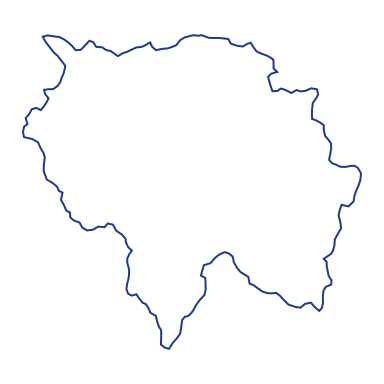 outline of Pains, Minas Gerais, Brazil
{"feature_id": "56859067B98471010335506", "entity_name": "Pains", "entity_type": "district", "adm_level": 2, "iso_a3": "BRA", "parent_name": "Brazil", "parent_adm1": "Minas Gerais", "projection": "natural_earth1", "projection_center": [-45.694, -20.398], "detail": "fine", "context": "isolated", "style": "outline", "palette": "blue", "viewbox_px": 384, "rotation_deg": 0, "n_neighbors": 0, "source": "geoboundaries", "source_scale": "gbopen_adm2", "svg_char_len": 3023}
<svg xmlns="http://www.w3.org/2000/svg" viewBox="0 0 384 384"><path d="M237.3,45.8L230.7,43.6L228.4,39.0L223.5,38.4L218.0,37.9L213.4,38.0L209.3,37.9L205.6,36.7L201.9,35.2L198.0,35.7L193.4,35.2L188.9,36.3L184.7,37.4L180.1,40.2L176.3,45.1L170.9,47.4L166.9,48.5L161.8,48.9L156.1,50.2L152.2,46.9L150.1,42.4L145.1,45.3L141.7,46.9L136.6,47.4L132.1,49.4L127.5,51.6L122.9,53.2L117.8,56.1L114.7,53.9L111.0,51.2L105.9,49.9L102.2,47.3L96.3,46.9L93.2,42.2L89.4,40.7L85.4,45.1L80.7,49.9L75.7,50.2L72.3,46.2L68.5,42.6L64.2,39.5L59.5,37.0L53.8,36.4L47.7,35.4L42.8,36.7L45.8,42.2L49.0,46.3L53.9,52.6L57.5,55.7L61.1,60.4L65.3,65.8L64.0,72.3L61.5,78.2L60.2,82.2L57.7,85.8L53.3,89.1L49.0,89.2L44.1,89.8L45.2,94.3L48.5,98.2L46.9,101.8L44.0,106.2L40.8,110.1L36.3,107.9L31.8,109.2L29.2,114.1L25.7,118.0L27.4,124.1L24.1,126.7L23.0,131.6L24.0,137.1L27.8,138.0L32.4,139.1L38.0,142.3L40.7,148.3L43.7,153.3L44.8,157.7L43.9,164.0L43.7,171.1L46.8,179.6L52.8,183.1L57.0,186.7L59.0,191.0L62.5,192.6L61.0,199.8L64.4,206.1L66.4,210.8L69.9,212.4L70.3,217.4L73.9,220.5L79.5,222.5L82.2,227.5L86.9,230.4L92.7,229.8L98.3,226.6L104.6,227.2L107.7,223.5L112.9,224.6L116.3,230.8L121.7,234.4L125.4,238.5L126.0,242.6L128.3,247.3L131.9,250.6L129.6,253.6L127.3,258.3L127.3,263.0L129.1,269.4L129.0,275.3L128.3,279.6L127.2,283.7L126.4,289.1L128.1,293.6L131.5,295.6L136.4,294.3L139.4,298.7L142.5,302.6L145.9,304.2L148.2,307.7L150.5,312.9L155.8,315.8L157.3,321.9L158.8,326.4L161.2,330.3L161.2,336.7L160.9,344.6L164.7,347.6L169.1,348.8L172.6,343.1L176.3,338.9L180.1,333.9L181.0,328.7L182.1,320.1L184.9,316.8L188.3,315.9L191.0,313.4L193.4,310.2L195.6,305.9L199.4,300.4L204.3,295.2L205.6,290.0L205.6,284.8L205.3,277.9L200.9,275.6L202.1,271.3L203.9,265.2L210.6,263.1L214.8,258.1L218.3,255.3L221.6,253.3L225.0,252.2L229.0,253.5L232.6,256.5L233.9,262.4L237.0,267.8L240.5,272.0L244.5,274.5L248.3,276.9L249.6,283.6L253.4,285.1L257.4,288.0L262.5,291.6L267.3,293.1L271.5,293.4L276.2,292.9L280.0,295.8L283.7,299.9L288.5,304.6L295.7,307.0L300.5,307.7L305.0,303.9L310.8,302.6L315.3,307.6L319.3,310.9L321.8,308.0L323.0,303.1L322.8,297.2L323.5,290.7L325.7,286.9L331.2,284.6L331.5,280.3L328.7,276.0L327.8,271.6L326.8,266.7L326.6,261.8L323.8,258.8L327.4,256.3L331.0,254.0L333.2,250.2L334.4,245.5L334.8,239.4L338.4,232.9L341.1,228.4L340.3,222.1L338.6,215.6L339.7,210.2L341.6,204.8L348.5,206.4L353.6,201.4L354.5,195.5L356.1,191.0L358.5,185.6L360.4,179.8L361.0,173.3L358.1,168.2L354.8,165.9L350.8,165.9L344.9,167.0L339.8,166.6L335.9,164.6L332.1,163.3L329.1,159.8L330.2,154.1L331.2,148.5L331.0,143.4L328.5,139.8L325.1,135.9L323.9,130.6L323.7,125.1L320.0,122.4L316.0,120.4L312.1,118.9L311.9,113.5L312.1,108.9L312.8,102.9L316.2,98.2L318.1,94.6L317.0,89.4L311.3,88.3L305.4,90.8L300.7,91.4L296.5,90.1L291.4,93.0L285.2,89.9L280.9,88.5L277.3,91.0L272.4,91.2L270.5,85.6L269.2,81.1L268.1,77.0L271.1,73.7L277.2,72.0L273.6,68.5L273.6,64.0L273.3,59.7L270.4,57.5L266.7,55.5L261.2,53.6L256.5,51.4L253.5,47.3L250.6,42.7L247.0,44.0L242.8,46.5L237.3,45.8Z" fill="none" stroke="#1e3a8a" stroke-width="2"/></svg>